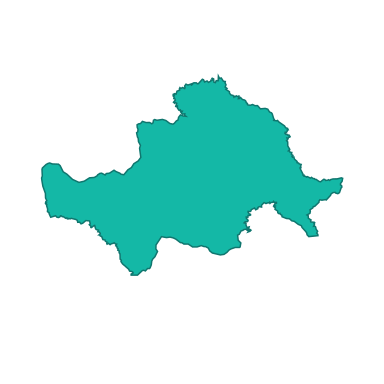 Topaipí, Cundinamarca, Colombia (orthographic projection), rotated 321°
{"feature_id": "7082276B13508800069021", "entity_name": "Topaipí", "entity_type": "district", "adm_level": 2, "iso_a3": "COL", "parent_name": "Colombia", "parent_adm1": "Cundinamarca", "projection": "orthographic", "projection_center": [-74.26, 5.35], "detail": "fine", "context": "isolated", "style": "filled", "palette": "teal", "viewbox_px": 384, "rotation_deg": 321, "n_neighbors": 0, "source": "geoboundaries", "source_scale": "gbopen_adm2", "svg_char_len": 6058}
<svg xmlns="http://www.w3.org/2000/svg" viewBox="0 0 384 384"><g transform="rotate(321 192 192)"><path d="M92.4,218.3L97.3,222.3L103.9,221.8L105.2,222.4L106.1,224.0L109.3,223.5L110.7,224.7L111.7,224.6L114.5,223.0L117.3,220.3L119.3,219.4L122.4,219.0L127.8,216.5L128.1,213.5L130.7,210.5L140.2,207.5L143.5,211.4L146.5,213.2L148.5,215.8L149.8,218.5L151.1,224.0L152.3,225.2L152.9,227.3L156.3,230.1L157.9,235.1L161.4,237.9L165.5,239.5L167.0,242.0L168.2,243.0L169.4,245.9L168.7,248.9L169.4,252.2L174.4,258.7L177.6,260.6L181.1,260.9L184.4,260.4L186.6,260.8L190.7,262.3L194.0,265.0L194.8,265.0L197.9,262.3L197.5,258.6L200.3,254.2L202.1,254.6L205.7,253.1L207.4,253.9L208.4,253.7L211.4,255.4L210.7,256.3L211.9,257.7L210.3,258.3L212.4,259.0L213.8,258.8L213.4,257.4L212.2,256.6L214.4,255.1L212.4,254.3L213.1,251.7L214.2,250.4L213.1,248.8L214.6,248.6L216.3,249.8L217.4,249.7L217.8,249.2L217.7,246.6L218.4,245.6L219.5,246.8L220.8,245.5L222.2,246.6L223.1,246.7L223.4,246.1L222.7,245.2L222.8,243.1L223.4,242.4L225.0,243.8L225.9,243.8L226.9,243.0L230.5,243.8L230.3,245.9L232.7,246.4L233.4,245.5L235.1,245.7L236.6,247.5L237.7,246.0L241.4,245.6L242.2,247.5L244.4,248.2L245.0,249.0L245.8,248.8L245.5,249.9L246.7,249.8L248.4,250.9L249.5,250.6L249.4,251.8L251.1,253.2L250.6,253.9L248.9,253.4L247.2,254.0L247.8,255.2L246.4,254.9L246.8,256.8L245.6,257.7L246.6,260.6L245.6,262.2L246.0,263.7L247.0,264.0L246.7,265.2L247.2,266.6L246.4,267.9L248.8,272.1L250.9,274.1L251.4,277.2L253.0,279.1L254.2,284.0L255.8,287.0L255.2,288.8L255.5,294.1L255.4,295.9L254.5,297.7L254.7,300.2L262.4,305.2L263.1,304.1L263.0,302.4L264.9,301.6L265.0,299.1L266.1,296.9L265.9,295.8L264.9,295.2L266.7,294.3L266.9,293.3L268.0,293.2L268.0,292.5L265.5,290.1L265.9,289.0L266.9,288.7L265.9,285.6L267.4,283.5L266.9,282.2L270.2,282.8L271.8,281.5L272.5,280.1L275.8,280.4L277.1,279.7L278.3,280.4L284.2,279.9L285.0,279.0L286.5,278.5L287.8,280.1L290.9,281.9L291.3,282.7L297.6,281.8L298.5,281.1L301.0,281.1L303.0,282.3L303.0,283.3L304.3,285.1L306.2,285.3L310.4,282.7L311.6,282.5L312.3,281.1L311.8,280.0L312.7,278.9L315.3,278.2L317.7,276.2L317.0,275.0L313.0,273.1L309.8,270.6L307.5,269.6L306.3,269.7L305.9,268.4L304.8,268.2L303.1,267.1L303.1,265.8L302.3,265.0L298.4,265.0L297.4,263.8L296.4,260.3L295.5,259.6L295.6,258.7L294.5,257.6L294.1,255.8L292.7,255.7L291.4,252.7L290.4,252.5L290.2,251.5L289.0,250.1L289.7,249.5L288.9,248.6L289.5,247.9L290.8,241.8L291.4,241.1L292.0,241.6L292.8,240.2L294.2,239.3L293.0,237.7L293.1,236.6L292.1,235.3L292.9,234.4L292.3,231.0L293.2,228.8L292.0,228.3L292.0,227.4L293.5,227.0L292.9,225.4L294.4,224.1L293.2,222.9L293.6,221.6L292.8,220.7L294.8,220.4L295.4,216.5L297.9,213.3L297.8,211.6L299.3,211.5L299.8,209.9L300.5,210.8L301.6,210.2L302.5,210.9L303.1,210.7L303.2,208.7L302.1,208.0L302.1,206.8L301.3,206.4L301.1,204.9L302.1,204.2L302.6,205.0L303.3,205.0L304.7,204.4L305.0,203.7L305.9,204.2L306.3,202.7L305.2,201.0L305.5,198.8L303.6,192.3L303.5,190.2L302.6,190.0L300.6,187.8L301.6,187.4L301.6,186.5L303.5,181.8L303.6,180.5L302.6,178.6L303.0,175.3L301.5,173.1L297.5,170.4L297.3,166.1L295.3,164.6L294.1,162.1L291.9,161.3L290.3,159.6L290.1,158.9L290.8,158.1L290.4,156.7L291.0,155.3L290.8,153.7L289.4,151.8L289.2,149.1L287.7,149.2L286.8,148.6L288.7,147.5L288.9,146.9L287.3,146.3L286.9,145.1L285.8,145.2L285.4,144.4L284.3,144.7L284.7,142.8L283.4,141.2L283.3,138.8L284.2,137.6L282.9,133.5L284.4,133.5L283.8,131.3L285.9,130.1L286.4,127.9L287.4,127.1L286.1,125.7L286.5,121.8L284.9,121.0L285.4,118.6L282.4,122.0L280.9,120.7L279.0,121.7L278.1,120.5L280.0,117.7L279.3,116.3L278.9,116.3L278.3,117.9L277.0,117.0L276.4,117.7L273.8,117.2L273.6,115.2L271.0,114.4L271.6,112.0L271.0,110.9L265.2,111.8L264.2,111.2L264.1,110.0L262.3,108.4L261.4,108.1L260.2,108.6L258.9,108.6L258.8,108.1L259.6,107.6L256.1,106.3L255.2,104.4L253.0,105.0L252.2,106.6L251.4,107.0L250.5,104.9L248.5,104.5L248.3,103.3L247.1,103.9L246.4,105.1L243.8,104.2L241.3,105.9L240.5,104.7L238.9,104.3L238.9,104.9L239.7,105.3L238.9,105.9L237.8,105.5L237.8,107.1L236.7,107.9L237.4,108.5L236.8,110.1L234.1,110.6L234.4,112.2L235.4,112.0L236.0,113.5L233.2,115.2L233.4,115.8L234.8,116.0L233.6,117.5L233.3,120.0L233.5,120.5L234.6,120.8L234.2,122.1L235.3,123.1L234.4,123.4L233.6,122.8L233.4,124.1L233.7,125.6L235.6,126.7L234.6,127.7L234.9,129.3L233.0,127.4L231.5,124.8L228.6,125.5L226.5,127.2L224.5,126.9L221.4,127.5L219.9,127.3L217.9,124.8L216.7,120.0L214.7,117.0L209.9,114.2L208.6,112.2L207.2,112.0L205.3,113.7L203.7,113.7L202.8,111.3L200.0,109.1L197.9,105.9L195.1,106.4L193.3,105.4L191.6,105.2L190.1,107.3L189.5,109.3L187.7,111.1L186.2,111.1L184.2,115.0L184.0,116.4L182.1,119.2L181.3,123.3L178.8,125.0L174.0,132.9L169.7,134.0L164.6,133.4L160.3,134.9L156.2,134.4L149.9,135.7L147.9,133.3L147.8,132.0L145.8,128.3L145.1,126.0L139.6,125.4L137.0,123.7L135.2,124.1L133.6,120.5L132.2,119.6L129.5,119.3L128.3,119.7L125.2,119.2L121.3,116.5L115.1,115.8L110.2,113.4L107.1,107.1L106.0,99.4L104.6,95.3L106.1,88.5L105.7,86.3L101.1,82.3L99.7,79.9L98.1,79.2L96.0,78.8L90.8,79.2L89.6,80.1L85.7,85.4L83.9,86.5L82.3,89.1L79.8,93.5L77.2,100.8L74.4,104.5L73.7,107.4L72.4,107.5L71.0,108.5L70.9,108.9L71.8,109.1L71.0,109.8L71.2,110.5L70.4,111.1L69.1,114.4L67.3,116.3L67.9,118.2L67.3,118.9L66.3,122.7L71.0,124.6L71.2,126.7L72.3,127.9L73.9,128.2L74.8,127.7L75.4,128.2L75.6,129.6L76.4,130.0L77.3,132.9L78.5,133.4L78.2,134.3L78.7,135.0L79.6,135.0L80.4,136.2L81.5,136.4L84.5,140.3L85.0,141.9L84.1,143.6L85.7,144.8L85.7,146.9L87.4,147.5L91.5,147.4L94.2,150.0L92.9,152.7L91.6,152.8L91.9,154.9L91.1,155.9L91.5,156.4L94.7,156.4L95.3,156.7L93.9,160.0L94.0,161.0L95.3,162.8L93.8,163.6L94.7,164.6L94.7,166.4L94.4,166.8L92.7,166.8L93.2,167.3L93.0,168.4L93.8,169.7L92.8,172.9L94.2,174.6L93.7,175.7L94.4,177.5L93.4,178.3L93.2,179.1L94.7,179.3L95.2,181.4L96.9,181.5L98.4,182.3L99.6,182.5L99.8,184.3L100.6,185.1L98.9,185.8L99.4,187.0L98.6,188.3L98.9,189.6L97.7,190.5L98.3,192.1L97.1,193.4L97.2,194.4L96.5,195.6L93.9,199.0L94.1,200.6L93.0,201.4L92.8,204.2L94.2,212.1L93.7,214.2L95.2,215.9L95.6,217.3L95.2,217.9L93.0,217.5L92.4,218.3Z" fill="#14b8a6" stroke="#0f766e" stroke-width="1.5"/></g></svg>